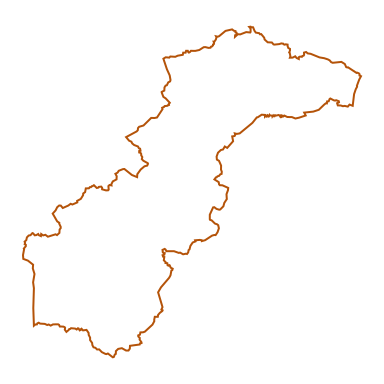 the district of Tha Yang, Phetchaburi, Thailand
{"feature_id": "78962969B57494861124372", "entity_name": "Tha Yang", "entity_type": "district", "adm_level": 2, "iso_a3": "THA", "parent_name": "Thailand", "parent_adm1": "Phetchaburi", "projection": "mercator", "projection_center": [99.807, 12.809], "detail": "fine", "context": "isolated", "style": "outline", "palette": "amber", "viewbox_px": 384, "rotation_deg": 0, "n_neighbors": 0, "source": "geoboundaries", "source_scale": "gbopen_adm2", "svg_char_len": 5887}
<svg xmlns="http://www.w3.org/2000/svg" viewBox="0 0 384 384"><path d="M163.4,58.7L166.9,69.2L169.7,75.4L170.5,80.0L170.1,81.4L168.2,82.4L166.9,85.2L165.6,85.6L164.5,87.4L164.3,90.6L161.7,91.9L161.7,92.5L163.4,96.9L165.6,98.3L169.8,102.8L168.8,104.0L169.0,105.0L168.6,105.2L168.9,105.4L167.9,105.2L167.3,105.8L164.6,106.1L164.2,106.8L162.1,107.8L162.5,109.2L157.0,117.5L154.5,118.0L151.2,117.9L143.5,125.5L139.1,126.8L138.0,128.1L137.8,130.2L136.7,131.4L126.1,137.1L129.1,140.7L131.4,141.7L132.2,143.4L134.1,145.0L138.0,146.5L138.9,148.3L140.1,148.7L140.5,150.7L139.2,151.0L139.2,152.5L140.5,152.8L141.2,153.9L141.2,155.3L142.3,157.1L141.8,159.1L143.3,160.7L147.8,163.2L148.0,163.8L147.2,165.6L144.5,166.3L140.7,169.5L137.3,174.2L137.1,177.1L131.9,175.0L124.4,169.0L123.0,169.1L118.7,170.8L117.6,172.6L115.4,173.8L116.7,176.2L116.5,179.4L112.8,181.4L111.3,184.3L111.5,185.4L109.5,185.0L108.4,186.1L108.7,189.6L108.1,190.3L106.0,190.4L102.1,189.3L102.1,187.7L101.2,186.6L98.8,186.9L98.4,187.6L96.8,188.0L93.9,185.2L92.5,186.2L91.8,186.2L91.0,187.1L89.9,187.1L88.9,188.3L85.8,188.4L85.1,192.1L83.2,193.5L83.1,195.2L80.8,198.9L77.1,200.9L77.3,202.4L72.4,204.5L70.6,203.8L68.4,205.5L62.8,208.0L60.8,205.6L59.2,205.5L57.2,207.2L55.6,210.4L52.7,213.6L57.2,221.4L59.3,222.8L59.2,223.6L60.7,226.8L60.7,228.1L59.6,229.6L59.4,232.9L57.0,235.1L55.6,234.3L47.9,236.7L45.4,234.8L43.1,235.4L41.2,234.0L40.9,236.1L38.9,235.2L38.2,234.0L36.3,235.1L34.7,235.3L33.2,233.4L32.4,233.1L30.5,235.2L28.7,235.5L26.9,237.4L26.3,240.1L24.6,241.7L25.1,243.0L24.7,244.2L25.8,244.8L25.8,246.2L23.8,248.6L24.1,249.2L23.0,255.1L23.3,258.9L27.9,260.6L33.1,264.7L32.8,268.4L34.5,274.0L33.1,282.3L33.9,288.2L33.3,308.1L33.9,325.7L35.3,324.5L36.9,324.4L37.3,323.4L38.7,322.7L40.1,323.6L44.8,323.9L47.2,325.0L48.7,324.5L50.7,325.6L53.0,324.4L58.1,324.3L59.1,324.9L59.8,326.5L63.3,326.6L64.7,327.2L65.1,327.8L64.8,329.7L66.4,331.9L68.7,330.0L69.2,329.1L70.3,328.9L71.0,328.2L75.2,328.6L76.7,329.5L77.8,328.3L78.5,328.4L79.7,330.4L80.8,329.9L80.8,329.2L81.5,328.7L83.0,330.4L86.5,329.9L88.6,332.9L88.7,334.9L90.1,337.6L90.1,340.1L92.1,342.9L92.4,345.2L93.5,347.3L95.4,347.8L97.1,349.5L99.2,349.4L101.8,352.1L105.4,353.9L106.4,354.1L107.9,353.5L112.8,357.3L113.8,357.0L114.8,354.5L115.8,353.9L115.9,351.1L118.2,348.9L121.9,348.2L126.0,350.5L128.5,350.5L129.8,348.7L130.0,345.8L139.7,344.5L140.1,343.3L141.5,343.1L141.5,342.3L139.6,339.6L139.8,338.0L138.3,336.5L138.2,335.4L139.9,334.7L140.4,332.4L143.0,332.3L144.8,331.7L152.5,324.6L154.3,321.2L154.2,319.8L154.8,316.8L157.8,316.8L158.1,314.9L159.9,312.8L162.3,311.0L162.6,310.3L161.4,309.6L162.5,307.1L158.1,292.3L161.0,287.3L169.2,277.7L170.5,275.3L171.4,270.5L172.3,270.1L172.7,268.7L170.7,267.7L169.7,265.3L169.3,265.1L168.7,265.7L167.6,265.3L167.3,263.2L165.5,263.0L165.6,262.1L163.8,260.3L164.3,257.0L163.1,256.7L162.6,255.2L164.3,254.7L164.7,253.2L163.7,253.1L163.7,252.7L162.8,252.3L162.5,249.9L164.7,248.9L165.6,249.6L166.4,251.2L174.0,251.2L178.8,252.9L180.1,252.6L183.1,254.3L185.9,253.7L187.0,254.0L188.2,252.4L188.6,250.1L189.5,249.4L190.4,245.9L192.7,242.5L195.5,241.4L195.1,240.3L199.9,239.9L201.7,240.2L201.8,241.1L205.1,240.2L212.1,235.6L214.2,235.0L215.6,235.1L217.5,232.3L218.9,228.3L218.2,225.2L217.1,224.3L215.0,223.6L211.6,220.3L210.1,219.9L209.8,219.3L209.8,214.7L213.1,207.4L214.3,207.2L216.5,208.9L219.2,209.7L220.2,209.5L223.4,206.3L224.3,202.9L226.8,199.1L226.5,194.2L228.0,190.1L228.2,187.9L222.4,185.3L219.8,185.2L219.1,184.4L218.7,182.1L214.4,179.4L215.9,177.4L216.6,177.3L217.5,176.3L219.0,175.9L220.3,174.3L221.6,173.9L221.8,171.7L221.0,169.6L221.1,165.6L219.0,160.8L216.9,159.6L216.6,156.6L218.0,152.7L220.9,150.0L223.0,149.5L224.8,146.5L227.2,147.9L232.7,141.7L233.1,141.2L232.2,136.4L234.6,136.0L235.2,134.9L234.8,133.4L236.8,133.9L239.7,133.4L252.4,122.9L256.8,117.4L257.7,117.3L261.7,114.7L264.6,114.9L264.4,115.2L265.0,115.5L265.0,116.5L265.5,116.0L266.4,116.5L266.7,115.8L267.8,116.4L267.9,115.4L269.1,116.1L269.6,114.9L270.0,115.4L272.3,115.7L272.4,116.3L272.8,115.7L273.3,116.1L273.9,115.3L274.7,116.1L275.3,115.3L276.0,115.6L278.7,115.0L279.5,115.6L280.7,115.3L280.8,116.0L280.0,116.2L280.6,117.2L281.6,117.1L282.3,116.2L282.8,116.3L282.7,115.7L284.0,116.0L284.4,115.6L287.3,117.0L292.0,117.1L295.4,118.5L299.0,117.7L305.7,115.5L304.2,112.6L313.3,111.6L318.8,109.8L324.2,104.6L325.8,103.3L326.9,103.4L327.1,101.4L328.7,101.3L329.6,99.0L330.3,98.5L333.8,100.3L335.1,100.6L336.1,100.2L338.8,101.2L339.0,102.3L337.1,103.2L337.8,105.4L340.8,105.5L342.9,106.2L344.7,105.9L347.8,106.6L349.5,104.6L352.7,105.8L354.1,94.1L355.8,89.1L357.1,86.7L356.9,85.8L359.2,79.6L361.0,76.2L359.5,75.5L359.6,74.3L358.8,73.3L357.0,72.6L356.5,72.9L348.0,67.3L347.3,67.5L346.2,67.1L344.8,64.0L341.4,61.9L332.7,62.8L331.1,62.1L329.7,60.4L327.9,59.4L324.2,58.2L319.5,57.4L310.6,53.8L307.7,53.4L306.1,52.0L304.0,52.6L304.1,54.9L303.6,55.7L302.3,56.0L301.9,56.8L300.0,56.6L298.8,57.2L298.8,59.0L296.6,58.0L295.2,56.3L292.7,57.6L289.9,57.7L290.4,56.3L289.7,52.8L289.2,52.5L290.0,50.5L290.0,48.9L288.3,48.0L287.6,46.1L287.6,44.6L285.7,44.3L284.7,44.7L283.6,44.3L283.3,43.7L281.3,43.4L279.2,44.1L274.3,44.6L273.5,44.4L271.9,42.5L267.7,42.3L264.6,39.5L264.2,37.7L261.2,34.1L260.0,34.3L259.2,33.2L255.8,32.6L254.5,30.8L253.1,27.3L250.7,27.1L250.5,26.7L249.2,26.9L250.6,28.6L250.6,31.9L250.2,32.5L246.2,32.1L240.2,34.4L237.9,34.2L235.0,36.8L235.1,35.3L235.8,35.2L236.8,33.5L236.5,32.6L235.5,32.3L235.5,31.1L233.8,30.7L232.1,29.4L225.5,30.9L219.1,36.2L217.7,36.7L216.0,36.3L216.5,37.4L215.8,39.6L214.4,41.6L213.6,41.6L214.1,43.0L213.8,44.2L213.0,44.5L213.0,45.4L211.9,46.5L211.0,46.7L210.5,47.7L208.5,47.9L205.4,47.1L203.7,47.2L199.3,50.0L195.2,50.9L190.9,50.8L190.2,51.8L188.9,52.6L188.3,52.2L187.8,50.8L186.1,50.8L185.6,52.7L183.2,52.7L182.8,54.8L177.7,55.7L175.3,56.8L170.3,56.5L169.3,57.6L165.7,57.3L163.4,58.7Z" fill="none" stroke="#b45309" stroke-width="2"/></svg>